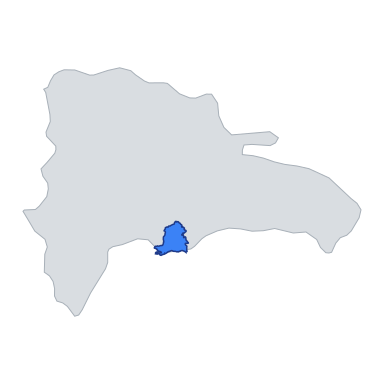 Baní, Peravia, Dominican Republic (highlighted)
{"feature_id": "3306468B54911085338541", "entity_name": "Baní", "entity_type": "district", "adm_level": 2, "iso_a3": "DOM", "parent_name": "Dominican Republic", "parent_adm1": "Peravia", "projection": "natural_earth1", "projection_center": [-70.434, 18.349], "detail": "fine", "context": "in_parent", "style": "filled", "palette": "blue", "viewbox_px": 384, "rotation_deg": 0, "n_neighbors": 0, "source": "geoboundaries", "source_scale": "gbopen_adm2", "svg_char_len": 6319}
<svg xmlns="http://www.w3.org/2000/svg" viewBox="0 0 384 384"><path d="M44.3,272.2L44.8,254.2L47.3,247.0L45.0,239.3L34.8,231.1L28.6,220.6L23.0,211.3L24.3,210.0L35.4,209.5L39.3,206.1L46.8,196.6L48.3,188.9L47.7,183.1L42.9,176.2L41.0,168.9L47.0,162.5L54.8,153.2L55.9,149.6L55.8,146.1L46.6,136.3L46.0,132.1L50.3,121.5L49.9,114.4L45.7,92.4L43.7,89.2L47.8,87.3L50.5,80.8L54.0,74.9L58.8,71.8L64.1,69.8L74.8,70.0L89.6,75.1L93.8,75.0L108.0,70.4L119.7,67.8L130.8,70.7L135.3,74.7L144.4,81.0L149.0,82.9L163.4,82.8L167.4,83.4L179.5,93.8L189.7,97.9L195.7,98.1L206.3,94.1L211.6,94.2L217.6,103.2L218.8,115.9L223.9,127.4L231.6,134.9L269.8,131.7L278.4,137.8L275.5,142.9L270.1,145.6L251.9,144.4L244.0,145.0L242.4,150.0L242.3,154.6L253.0,155.7L263.4,158.1L274.0,161.8L284.8,164.4L297.0,166.0L309.0,168.7L329.0,177.9L351.1,198.6L357.0,203.3L361.0,209.8L359.1,217.8L351.3,230.9L346.8,235.2L340.3,237.7L335.8,243.1L331.6,252.3L328.9,253.0L325.8,252.7L320.5,247.5L316.7,239.5L306.0,232.0L293.3,233.0L274.7,228.5L263.4,230.7L252.1,231.2L240.5,228.9L228.9,228.1L217.3,230.9L206.0,235.8L201.8,238.8L194.6,246.3L190.8,249.0L163.4,252.8L155.5,247.3L148.2,239.8L137.6,238.8L122.3,244.6L112.8,246.7L108.9,249.2L107.7,252.0L107.7,262.5L105.5,268.8L90.6,292.9L82.2,309.8L78.7,315.0L74.7,316.2L67.4,306.4L62.7,302.9L56.9,301.1L54.5,296.0L54.6,288.6L53.1,281.5L49.5,275.9L44.3,272.2Z" fill="#d9dde1" stroke="#a8b0b8" stroke-width="1"/><path d="M154.3,247.9L154.6,248.2L154.8,248.2L155.0,248.2L155.0,248.3L155.9,248.5L156.1,248.6L156.1,248.8L156.3,248.9L156.6,249.0L156.9,249.1L156.9,249.3L156.9,249.6L157.2,249.7L157.3,250.0L157.5,250.1L157.6,250.5L157.9,250.6L158.1,250.9L158.2,251.1L158.3,251.2L158.5,251.4L158.7,251.1L159.0,251.2L159.0,251.4L159.3,251.3L159.5,251.4L159.5,251.5L159.8,251.6L159.7,251.5L159.7,251.4L159.8,251.4L159.9,251.5L160.1,251.5L160.3,251.6L160.5,251.8L160.8,252.0L161.1,252.1L161.1,252.4L161.3,252.4L161.3,252.5L161.0,252.5L161.1,252.8L160.6,252.8L160.5,252.7L160.5,252.3L160.4,252.1L160.2,251.8L160.0,251.7L159.9,251.8L160.1,251.9L160.4,252.3L160.4,252.5L160.5,252.6L160.4,252.7L160.3,252.8L160.1,252.9L159.9,252.9L159.8,253.1L159.7,253.2L159.4,253.2L159.3,253.3L159.1,253.2L158.8,253.2L158.5,253.1L158.2,252.9L158.2,253.1L158.1,253.3L157.9,253.5L157.7,253.5L157.6,253.3L157.2,253.3L157.0,253.2L156.9,253.0L156.9,252.7L156.8,253.0L156.6,253.1L156.4,253.0L156.5,253.5L156.4,253.6L156.1,253.5L156.1,253.4L155.9,253.4L155.9,253.2L156.0,253.1L156.1,252.7L156.2,252.4L156.4,252.3L156.6,252.1L156.8,252.1L156.8,252.3L156.7,252.5L156.8,252.5L156.9,252.0L157.2,251.6L157.0,251.8L156.9,251.9L156.7,252.0L156.4,252.2L156.1,252.3L156.1,252.5L155.9,252.6L156.0,252.7L155.9,252.7L155.9,252.8L155.8,253.1L155.7,253.4L155.7,253.5L155.5,253.8L156.1,254.0L156.6,253.9L156.8,254.0L157.2,254.0L157.3,254.1L157.6,254.0L157.7,253.9L157.9,253.9L158.1,253.8L158.3,253.8L158.9,253.9L159.1,253.9L159.3,254.1L159.5,254.2L159.6,254.3L159.8,254.5L160.0,254.9L160.2,255.2L160.3,255.2L160.5,255.2L160.8,255.2L160.9,255.3L161.0,255.3L161.0,255.2L161.4,255.1L161.7,254.9L161.9,254.9L162.1,254.8L162.3,254.8L162.4,254.6L162.7,254.5L163.0,254.5L163.1,254.4L163.4,254.4L163.6,254.2L163.9,254.1L164.3,254.2L164.5,254.1L164.9,253.8L164.9,253.6L165.0,253.7L165.3,253.6L165.5,253.6L165.8,253.4L166.0,253.3L166.1,253.2L166.3,253.0L166.5,253.0L166.7,252.8L167.2,252.5L167.3,252.3L167.5,252.3L167.6,252.1L167.8,252.1L168.0,251.9L168.8,251.5L169.0,251.4L169.1,251.5L169.3,251.5L169.5,251.4L169.8,251.3L170.3,251.1L170.5,250.9L170.8,250.8L171.4,250.6L172.2,250.7L172.3,250.8L172.5,250.8L172.9,251.0L173.1,251.2L173.3,251.2L173.4,251.3L173.7,251.3L173.8,251.3L174.3,251.4L174.9,251.3L175.3,251.4L175.6,251.4L175.8,251.5L176.2,251.6L176.4,251.7L176.5,251.8L176.8,251.8L177.0,251.8L177.4,251.7L177.6,251.8L177.7,251.7L178.1,251.8L178.1,251.7L178.3,251.6L179.1,251.6L179.4,251.5L179.5,251.4L179.8,251.4L180.0,251.3L180.1,251.2L180.3,251.2L180.6,251.0L180.6,250.9L180.8,250.9L181.0,250.8L181.6,250.6L182.0,250.5L182.3,250.7L182.5,250.7L182.8,250.6L183.0,250.7L183.3,250.8L183.8,251.1L184.0,251.1L184.2,251.3L184.3,251.4L185.0,251.5L185.4,252.0L185.6,252.0L185.9,252.3L185.9,252.2L186.0,252.1L186.3,251.9L186.5,251.8L187.0,251.5L187.1,251.2L187.0,250.9L186.7,250.4L186.7,249.9L186.7,248.9L186.8,248.3L186.7,247.8L186.7,247.3L186.9,246.6L186.8,246.3L186.6,245.7L185.9,245.3L185.4,244.7L185.3,244.3L185.3,243.6L185.4,243.4L185.7,243.3L186.9,243.4L187.7,243.3L188.3,243.1L188.3,242.7L188.2,242.5L187.6,242.3L187.5,242.1L187.4,241.5L187.2,241.2L186.3,240.6L186.2,240.4L186.1,239.8L185.9,239.2L185.8,237.6L185.5,237.0L185.2,236.9L184.8,236.9L184.6,237.1L184.0,237.7L183.8,237.7L183.7,237.6L183.6,237.4L183.6,235.9L183.6,235.7L183.3,235.0L183.2,234.9L182.8,234.7L182.5,235.2L182.2,235.3L182.0,235.2L181.8,234.8L181.8,234.6L181.9,234.4L182.5,234.4L182.6,233.9L182.9,233.1L183.2,233.0L183.8,233.4L184.3,232.8L184.9,232.5L185.2,232.1L185.8,231.7L186.1,231.3L186.1,231.0L186.1,230.8L185.8,230.4L185.5,230.2L184.8,230.1L184.6,230.0L184.5,229.8L184.4,229.3L184.3,229.2L184.1,229.1L184.1,228.8L184.4,228.3L184.4,228.1L184.0,227.8L183.8,227.5L183.1,227.2L182.8,226.9L182.7,226.8L182.1,227.2L181.8,227.1L181.7,226.9L181.6,226.4L181.9,225.8L181.9,225.6L181.7,224.9L181.4,224.6L180.9,224.5L180.7,224.4L180.5,223.9L180.0,223.2L179.8,223.1L179.3,223.0L179.1,222.8L178.8,222.5L178.6,222.0L178.4,221.9L177.9,221.6L177.1,221.8L176.8,222.0L176.6,222.0L176.1,221.7L176.0,221.4L175.4,221.5L175.2,221.7L175.0,222.1L174.4,222.9L174.3,223.9L174.0,224.1L173.1,224.4L172.4,224.6L171.8,225.0L171.3,225.2L170.8,225.5L170.1,226.0L168.9,226.0L168.7,226.1L168.2,226.9L168.0,227.2L167.8,227.2L167.4,227.0L167.0,226.9L166.9,227.0L166.4,227.4L165.9,227.4L165.5,227.6L165.4,227.7L165.3,227.9L165.2,228.8L165.2,229.1L164.5,229.9L164.1,230.8L164.5,231.0L165.1,231.4L165.4,231.9L165.4,232.2L165.3,232.6L165.2,233.3L165.0,233.8L165.0,234.7L164.9,234.9L164.6,235.6L163.5,236.8L163.4,237.2L163.3,239.5L163.4,239.8L163.6,240.3L163.6,241.4L163.8,241.9L163.4,242.7L163.3,243.8L162.7,245.1L162.5,245.3L161.9,245.6L161.7,245.6L161.3,245.4L161.2,245.4L160.8,245.6L160.1,245.7L159.2,246.1L158.3,246.2L157.8,246.0L157.6,245.9L157.3,246.0L156.8,246.4L156.7,246.4L156.0,246.2L155.7,246.2L154.9,246.6L154.3,247.9ZM160.8,252.1L160.6,252.3L160.8,252.4L160.9,252.2L160.8,252.1Z" fill="#3b82f6" stroke="#1e3a8a" stroke-width="1.5"/></svg>